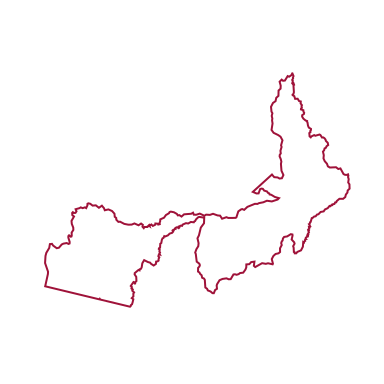 the district of Sonsón, Antioquia, Colombia, rotated 173°
{"feature_id": "7082276B57084429833663", "entity_name": "Sonsón", "entity_type": "district", "adm_level": 2, "iso_a3": "COL", "parent_name": "Colombia", "parent_adm1": "Antioquia", "projection": "robinson", "projection_center": [-75.103, 5.693], "detail": "fine", "context": "isolated", "style": "outline", "palette": "rose", "viewbox_px": 384, "rotation_deg": 173, "n_neighbors": 0, "source": "geoboundaries", "source_scale": "gbopen_adm2", "svg_char_len": 5963}
<svg xmlns="http://www.w3.org/2000/svg" viewBox="0 0 384 384"><g transform="rotate(173 192 192)"><path d="M267.5,85.7L266.7,86.3L266.5,87.1L265.2,87.9L264.4,89.7L263.3,92.7L264.7,94.0L262.9,95.5L262.6,98.3L261.7,99.4L263.3,101.3L262.7,102.3L263.2,102.7L263.1,103.4L263.8,103.7L263.3,105.1L264.2,106.2L261.0,109.8L260.2,109.4L259.8,107.4L259.2,109.5L258.0,110.4L257.7,114.6L259.0,117.2L258.7,118.5L254.7,121.1L253.6,120.6L253.3,121.7L252.0,122.0L251.1,123.4L250.0,127.3L247.8,130.2L244.2,127.8L242.2,127.0L241.4,125.7L239.0,123.7L236.6,125.0L236.1,127.3L234.5,127.4L233.5,128.0L233.4,129.4L232.4,131.2L233.2,132.1L232.9,133.3L232.1,134.2L231.5,133.9L231.9,135.0L231.1,135.8L231.6,137.0L231.1,138.6L231.9,139.5L231.6,140.2L230.5,140.6L229.8,144.5L228.7,145.1L227.8,148.1L226.9,149.6L225.9,149.9L224.9,151.6L224.1,151.1L221.2,151.9L219.3,153.4L216.7,153.9L215.6,154.9L216.0,156.2L215.4,156.6L214.7,156.3L213.6,157.7L212.8,157.4L212.5,158.5L211.1,158.9L209.6,157.7L209.0,158.2L209.1,159.3L208.4,159.2L208.0,159.8L207.0,160.0L206.0,159.6L205.2,160.8L201.8,161.8L199.6,161.2L196.8,162.4L193.9,161.7L193.3,162.5L192.4,162.8L191.4,164.3L188.9,166.2L187.8,166.4L183.0,165.0L183.9,159.5L187.6,155.6L190.4,148.1L192.2,145.4L191.7,140.4L192.4,137.4L194.6,134.7L196.2,131.5L195.8,130.0L195.8,122.3L193.5,120.0L193.1,118.5L193.7,117.2L195.2,115.9L195.7,112.3L194.4,111.2L193.9,109.7L192.6,108.2L192.4,105.7L190.6,104.6L190.0,103.2L190.4,95.6L188.8,94.1L188.3,92.4L185.7,91.0L184.0,89.1L182.7,88.9L181.0,91.9L179.0,92.9L178.9,96.2L178.3,97.5L175.4,101.1L172.3,102.0L168.3,102.1L166.2,100.9L164.2,100.8L160.9,105.1L159.4,105.1L157.8,104.4L155.7,104.8L154.2,105.7L151.0,105.7L148.4,108.5L147.3,110.6L146.9,113.5L143.9,113.4L141.8,115.2L138.5,115.3L139.6,111.2L138.4,109.8L131.1,112.8L127.5,111.7L125.2,112.0L120.8,110.4L120.4,111.0L121.0,115.7L119.0,118.6L116.6,120.3L113.6,120.6L111.9,121.7L111.5,125.4L109.4,128.4L109.7,130.4L108.9,132.1L108.0,132.8L107.4,134.8L106.0,136.2L103.0,136.3L99.1,138.1L97.5,137.6L97.5,136.5L98.9,132.7L96.7,129.6L96.5,128.2L98.2,125.9L97.9,124.3L98.2,120.1L97.6,119.9L97.5,118.6L96.1,118.4L94.7,119.7L90.9,120.8L88.6,124.2L87.7,128.8L87.0,128.2L86.6,129.1L85.6,129.7L85.8,130.5L85.2,131.4L84.6,131.4L84.9,131.9L84.6,132.8L83.1,133.6L83.0,134.4L82.3,134.0L82.1,134.4L82.2,135.7L81.7,136.0L82.0,136.5L80.8,137.8L81.3,139.3L80.7,139.6L81.2,140.6L80.1,141.2L80.2,143.0L79.5,142.8L79.2,143.6L79.2,143.1L78.8,143.3L79.8,145.8L79.1,146.0L78.5,147.6L77.9,147.8L76.3,151.5L75.6,151.5L73.7,152.8L72.3,152.8L70.6,154.4L69.2,154.5L66.8,156.5L63.7,156.7L62.1,158.5L59.3,159.4L57.2,161.4L56.4,161.0L55.2,162.0L54.4,161.9L54.2,162.6L52.1,162.8L51.2,164.2L50.1,164.2L49.4,165.4L46.5,167.3L42.9,166.8L40.5,168.3L39.6,170.7L37.8,172.5L37.3,174.5L35.2,176.1L34.8,180.4L35.8,182.4L34.9,185.7L35.3,187.9L34.8,189.2L35.0,190.5L36.1,190.1L38.0,190.4L39.4,191.3L41.8,197.3L44.0,197.0L46.0,199.0L52.2,199.5L54.0,200.9L54.6,203.6L56.5,206.4L57.4,209.3L56.7,212.5L57.1,216.1L55.8,217.3L55.1,219.1L53.7,219.6L52.9,221.0L51.1,222.0L51.3,224.4L52.9,226.4L53.1,227.8L54.0,229.3L55.1,230.2L56.3,230.2L57.6,232.9L58.4,233.5L62.8,232.8L63.8,233.6L66.8,232.6L67.5,231.8L68.5,232.9L68.4,236.2L67.1,237.1L67.2,238.1L66.4,239.0L66.2,240.1L68.2,241.7L68.8,243.8L68.9,247.1L69.4,248.0L69.2,248.5L70.5,249.1L72.5,251.2L73.5,253.4L73.3,254.8L71.4,255.8L71.0,257.0L71.6,258.2L71.5,259.6L73.8,260.7L73.6,261.6L72.7,262.2L72.8,264.1L72.3,264.8L73.4,266.6L73.0,268.6L74.6,269.2L75.8,271.7L78.3,271.9L78.8,274.7L80.3,275.8L80.3,276.4L79.4,276.9L78.7,278.6L78.3,285.4L77.6,285.9L77.8,286.8L78.6,286.6L79.3,287.7L79.0,288.3L78.4,288.5L78.7,289.0L78.4,290.3L78.9,291.0L77.8,292.5L77.9,293.2L77.1,294.7L78.1,298.3L78.1,297.3L79.2,295.8L81.6,294.6L82.9,295.4L86.2,291.3L88.1,291.3L89.3,292.6L91.6,290.8L91.0,286.7L91.5,283.8L93.7,282.2L94.5,276.9L96.9,275.2L98.0,272.0L100.8,270.5L103.2,266.9L103.3,262.1L102.6,260.4L103.6,257.8L103.3,255.1L103.8,253.4L103.7,250.2L105.5,243.9L103.8,240.8L99.5,238.0L97.4,236.1L95.9,232.3L97.9,227.5L97.6,225.8L99.2,222.1L99.2,219.5L100.4,218.1L100.7,216.6L99.9,213.9L99.6,211.2L100.3,209.1L100.6,202.2L99.2,197.7L101.1,194.7L103.5,194.7L105.2,196.0L108.6,196.7L110.5,199.6L131.6,184.7L128.2,182.7L126.1,182.5L124.0,186.6L122.5,186.9L121.3,186.5L120.2,184.6L117.5,183.4L116.7,181.9L115.5,181.2L115.3,180.1L113.7,179.6L110.4,177.0L106.4,175.3L107.9,174.1L113.9,172.9L118.7,174.2L122.5,173.1L126.8,172.8L128.5,172.2L131.0,172.6L138.8,170.5L142.4,167.9L144.1,168.9L145.3,168.8L148.4,167.1L151.0,161.5L151.8,161.0L159.1,161.8L160.9,162.8L165.4,161.8L167.0,165.1L169.4,165.6L173.8,167.8L177.0,167.1L180.8,167.8L182.6,166.9L186.9,169.6L190.6,168.9L193.0,169.3L193.5,171.3L195.4,170.5L202.6,170.8L205.4,168.9L207.4,170.6L208.9,170.5L209.7,172.1L212.4,174.1L215.4,175.1L216.7,174.8L217.5,173.7L220.7,172.3L222.9,169.9L226.8,168.7L227.2,166.7L227.9,165.4L227.9,164.0L229.5,163.8L229.8,164.7L232.2,165.2L232.5,164.0L235.0,163.1L236.3,164.7L237.8,163.9L238.2,164.6L238.6,164.4L238.4,163.5L238.8,163.9L239.3,163.3L240.2,163.4L240.7,162.7L243.4,163.1L244.3,162.0L245.4,163.6L244.8,165.4L246.4,166.9L249.1,165.5L253.0,167.8L255.8,167.0L259.1,167.3L263.1,168.6L267.0,171.3L268.7,171.3L270.5,173.7L270.4,175.5L271.7,176.8L271.6,179.9L273.7,182.9L277.1,184.9L280.8,184.5L281.3,186.6L283.1,189.4L286.3,187.7L289.1,190.5L292.3,190.6L294.4,192.7L296.3,193.4L297.2,193.0L297.4,191.5L299.0,188.9L300.1,189.8L302.5,189.3L304.3,190.3L305.6,189.7L309.6,189.1L309.0,186.9L310.2,185.5L311.8,185.6L312.7,186.5L313.5,185.8L313.6,183.6L312.1,182.1L315.1,178.0L315.2,175.0L314.2,171.1L314.4,168.8L316.4,166.4L316.7,163.3L317.1,162.5L317.8,162.4L319.3,164.0L320.1,163.3L320.3,161.8L319.5,157.3L319.8,155.8L320.9,155.5L322.6,156.6L326.0,156.4L327.7,155.8L330.9,152.9L333.1,152.7L336.4,155.8L337.3,157.6L339.4,157.6L340.5,153.9L344.0,149.4L345.2,146.4L346.5,139.4L344.6,130.4L345.0,128.2L349.2,116.3L297.2,96.8L296.6,97.3L296.1,96.4L267.5,85.7Z" fill="none" stroke="#9f1239" stroke-width="2"/></g></svg>